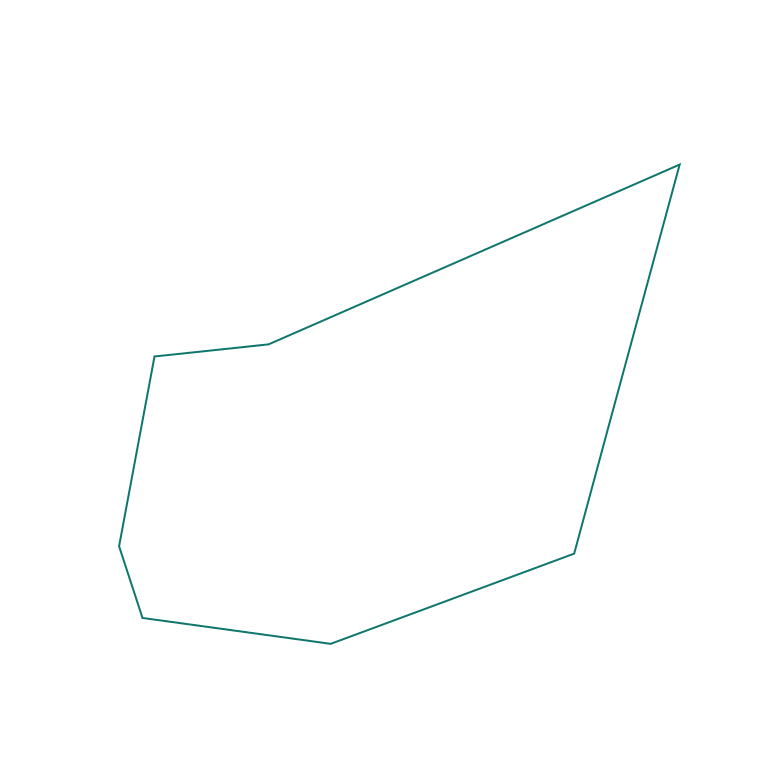 map outline of The Farrington (Equal Earth projection), rotated 195°
{"feature_id": "AIA-5124", "entity_name": "The Farrington", "entity_type": "District", "adm_level": 1, "iso_a3": "AIA", "parent_name": "Anguilla", "parent_adm1": "", "projection": "equal_earth", "projection_center": [-63.044, 18.213], "detail": "fine", "context": "isolated", "style": "outline", "palette": "teal", "viewbox_px": 768, "rotation_deg": 195, "n_neighbors": 0, "source": "natural_earth", "source_scale": "10m", "svg_char_len": 273}
<svg xmlns="http://www.w3.org/2000/svg" viewBox="0 0 768 768"><g transform="rotate(195 384 384)"><path d="M612.8,351.2L505.8,392.4L155.2,672.5L156.1,401.8L156.4,269.4L368.3,119.2L556.7,95.5L597.9,158.7L612.8,351.2Z" fill="none" stroke="#0f766e" stroke-width="2"/></g></svg>